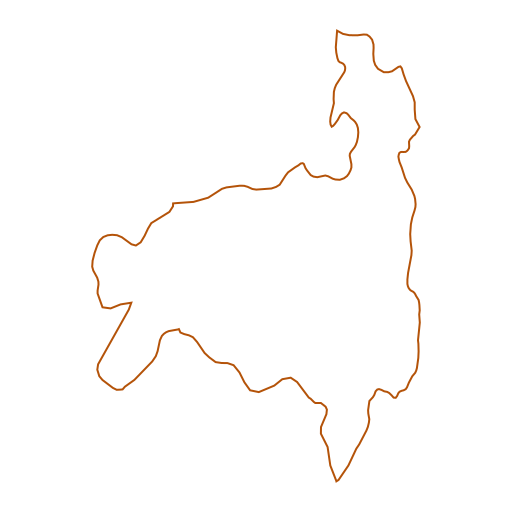 SVG path tracing the border of Loja
{"feature_id": "ECU-1268", "entity_name": "Loja", "entity_type": "Province", "adm_level": 1, "iso_a3": "ECU", "parent_name": "Ecuador", "parent_adm1": "", "projection": "equal_earth", "projection_center": [-79.576, -4.049], "detail": "fine", "context": "isolated", "style": "outline", "palette": "amber", "viewbox_px": 512, "rotation_deg": 0, "n_neighbors": 0, "source": "natural_earth", "source_scale": "10m", "svg_char_len": 3421}
<svg xmlns="http://www.w3.org/2000/svg" viewBox="0 0 512 512"><path d="M135.9,245.5L140.7,242.3L144.6,235.8L148.0,228.6L151.3,223.1L169.4,211.9L173.0,206.3L173.1,203.4L176.5,203.1L193.5,201.9L208.2,197.7L222.0,188.8L226.5,187.4L239.9,185.7L244.1,185.8L247.6,186.8L252.4,189.0L256.3,189.6L271.4,188.5L276.1,186.9L279.7,184.7L285.6,175.5L288.1,172.3L295.1,167.3L298.5,165.3L300.7,163.5L302.7,163.2L303.8,163.9L305.5,168.1L307.0,170.4L310.7,175.1L313.5,176.6L317.3,177.2L325.3,175.5L328.2,176.3L332.7,178.7L335.4,179.5L339.8,179.8L344.0,178.3L347.0,176.1L348.8,173.7L350.5,170.3L351.4,167.5L351.4,164.2L349.7,155.8L349.9,153.8L351.1,151.6L354.6,147.1L355.7,145.1L356.9,142.0L357.9,137.3L358.3,132.4L357.9,128.0L356.8,124.6L355.2,122.0L353.7,120.4L350.8,118.1L348.2,114.7L346.6,113.2L344.0,112.4L342.0,113.4L340.3,115.2L337.7,120.0L334.9,123.9L333.2,125.8L331.7,126.7L330.6,124.6L330.2,121.5L330.5,117.5L333.9,103.2L333.6,99.1L333.9,91.8L334.8,88.1L336.2,84.7L344.2,72.3L344.9,70.6L345.2,68.6L345.1,66.9L344.3,65.0L343.1,63.7L341.4,62.8L339.7,62.2L338.4,60.9L337.4,58.1L336.3,52.7L335.8,47.3L337.1,30.7L343.0,33.9L349.3,35.2L357.4,35.3L363.7,34.5L366.9,34.7L369.6,36.6L372.1,39.7L373.5,44.5L373.6,48.0L373.3,53.9L373.8,60.7L375.2,64.9L378.0,68.8L383.8,72.2L388.4,72.2L392.0,71.3L398.4,66.9L400.4,66.4L401.8,68.3L403.6,74.4L406.0,81.0L413.0,96.2L414.7,102.3L414.7,109.6L415.4,119.1L419.6,127.0L415.0,134.6L413.2,135.9L409.9,139.7L409.0,141.7L409.2,146.3L409.0,148.3L407.8,150.1L406.8,151.1L405.6,151.9L403.1,152.0L401.9,151.9L400.6,152.1L399.4,152.9L398.8,154.5L398.4,156.6L398.9,159.5L399.5,162.0L401.7,167.5L405.0,177.8L407.3,182.5L411.7,189.6L414.4,196.0L415.1,199.0L415.6,204.2L415.4,207.1L414.5,210.6L412.3,217.4L410.9,224.2L410.2,234.1L410.6,241.3L411.7,250.7L411.4,255.2L408.1,272.8L407.4,279.4L407.4,284.0L407.9,286.2L408.6,287.9L409.3,288.9L410.0,289.8L410.8,290.5L413.2,291.8L414.3,292.8L415.3,294.3L416.0,295.8L418.6,300.0L419.1,302.5L419.4,305.0L419.7,310.4L419.2,314.4L419.8,322.6L418.0,340.3L418.4,343.8L418.6,351.5L418.3,358.0L416.9,368.1L416.2,370.6L415.2,372.8L412.3,376.2L408.9,382.6L407.0,387.3L405.7,389.2L403.6,390.3L401.6,390.8L399.6,391.7L398.3,393.2L397.1,396.0L395.7,397.8L393.6,397.6L391.6,395.3L389.2,393.0L387.2,391.9L384.2,391.3L381.5,389.9L379.0,389.1L377.3,389.5L375.6,391.3L374.3,394.9L372.9,397.2L369.4,401.0L368.1,410.2L368.3,413.6L369.3,419.2L368.9,422.6L367.9,426.8L366.4,430.6L359.2,444.4L356.3,448.7L348.4,465.5L338.5,480.0L336.4,481.3L336.3,480.9L330.3,465.5L327.6,447.0L320.9,433.7L321.0,427.0L326.4,414.2L326.9,409.6L325.6,406.7L320.9,403.0L315.3,403.0L313.9,402.0L310.6,398.7L308.8,397.6L297.1,382.0L290.7,377.7L282.3,379.2L274.3,385.6L258.8,392.1L250.1,390.3L244.4,382.3L239.5,372.5L233.6,365.2L227.5,363.1L221.6,363.0L215.6,362.1L209.3,357.4L204.6,353.0L197.1,342.0L192.9,337.2L188.9,335.3L184.2,334.1L180.4,332.5L178.9,329.1L178.2,329.4L168.8,331.1L166.2,332.2L163.9,333.8L161.9,335.9L159.9,340.3L157.6,351.2L155.8,356.2L152.2,361.5L134.4,379.9L124.9,386.7L122.6,389.4L120.8,389.6L116.7,389.8L112.9,387.9L102.5,380.0L99.3,376.2L97.3,369.7L98.1,364.3L128.8,309.6L131.3,302.7L120.6,304.4L110.6,308.4L102.5,307.3L97.6,293.5L97.6,290.6L98.5,284.6L98.4,281.7L97.2,277.7L93.3,270.6L92.2,266.7L92.6,261.0L92.6,260.7L94.6,252.9L97.3,245.3L99.8,240.3L103.3,237.0L107.6,235.3L112.2,234.8L117.0,235.2L121.8,237.2L131.5,244.3L135.9,245.5Z" fill="none" stroke="#b45309" stroke-width="2"/></svg>